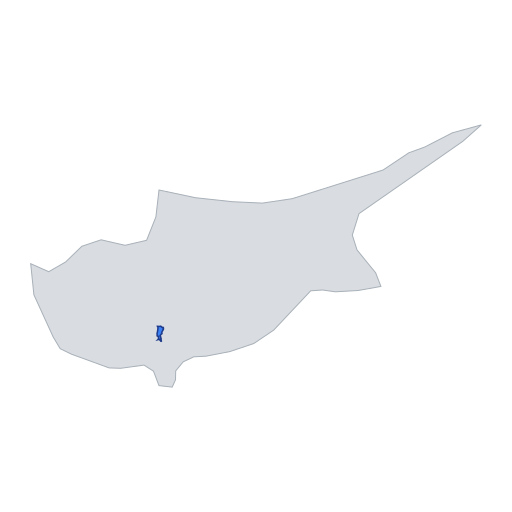 Limnatis, Limassol, Cyprus (highlighted)
{"feature_id": "46923920B10034755231280", "entity_name": "Limnatis", "entity_type": "district", "adm_level": 2, "iso_a3": "CYP", "parent_name": "Cyprus", "parent_adm1": "Limassol", "projection": "robinson", "projection_center": [32.947, 34.792], "detail": "fine", "context": "in_parent", "style": "filled", "palette": "blue", "viewbox_px": 512, "rotation_deg": 0, "n_neighbors": 0, "source": "geoboundaries", "source_scale": "gbopen_adm2", "svg_char_len": 2118}
<svg xmlns="http://www.w3.org/2000/svg" viewBox="0 0 512 512"><path d="M375.6,272.7L380.9,286.4L358.2,290.5L335.4,291.8L322.6,290.0L310.7,290.8L273.7,330.1L253.8,343.5L230.1,351.5L206.0,356.2L193.8,356.8L183.2,361.8L175.7,370.9L175.5,379.8L172.2,387.1L159.0,385.6L153.5,371.2L144.0,365.1L120.6,368.3L109.1,367.9L71.5,354.2L60.2,348.7L53.2,337.0L33.9,294.8L30.7,263.7L48.7,271.7L65.6,262.0L81.8,246.3L101.1,239.8L113.2,242.6L125.1,245.3L146.6,240.3L155.9,216.9L159.0,190.0L195.3,197.7L232.2,201.7L262.4,203.1L292.1,198.7L383.1,170.0L408.8,152.8L424.8,147.0L452.4,132.8L481.3,124.9L462.8,141.3L359.0,213.6L352.3,235.1L357.0,249.9L371.7,268.0L375.6,272.7Z" fill="#d9dde1" stroke="#a8b0b8" stroke-width="1"/><path d="M157.4,326.3L157.5,326.7L157.8,327.0L157.9,327.3L158.0,327.8L158.0,328.3L157.8,328.8L157.8,329.1L157.8,329.6L157.8,330.1L157.7,330.4L157.6,330.7L157.5,331.1L157.5,331.5L157.5,331.8L157.4,332.2L157.2,332.7L157.1,333.2L157.1,333.6L157.0,334.0L157.2,334.6L157.1,335.5L157.1,335.8L157.3,336.1L157.7,336.2L158.1,336.2L158.3,336.6L158.4,336.9L158.5,337.4L158.4,337.8L158.5,338.2L158.4,338.6L158.4,338.9L158.1,339.4L157.8,339.7L158.2,339.6L158.4,339.5L158.7,339.4L159.0,339.3L159.3,339.4L159.4,339.7L159.7,339.9L159.9,340.1L160.2,340.3L160.4,340.4L160.5,340.8L160.7,341.1L160.9,341.3L161.2,341.3L161.4,341.1L161.2,340.7L161.2,340.4L161.3,340.0L161.1,339.6L160.9,339.4L160.8,339.2L160.9,338.9L160.8,338.6L160.8,338.4L161.0,338.3L160.8,338.0L160.6,337.9L160.7,337.7L160.8,337.5L160.8,337.1L160.7,336.8L160.5,336.7L160.3,336.4L160.1,336.3L160.0,336.1L160.0,335.8L160.2,335.7L160.4,335.5L160.5,335.1L160.8,334.7L161.1,334.2L161.7,334.0L161.8,333.6L162.0,333.4L161.8,332.8L161.8,332.4L161.9,332.1L162.0,332.0L162.1,331.6L162.2,331.3L162.5,331.0L162.8,330.5L162.9,330.3L162.8,330.0L163.0,329.8L163.3,329.6L163.4,329.4L163.2,329.1L163.2,328.8L163.3,328.6L163.2,328.6L163.1,328.2L163.3,327.8L163.2,327.4L162.5,327.3L162.2,327.4L161.6,327.0L161.2,326.5L160.7,326.2L160.5,326.4L160.0,326.4L159.4,326.4L158.9,326.3L158.4,326.4L158.0,326.4L157.6,326.3L157.4,326.3Z" fill="#3b82f6" stroke="#1e3a8a" stroke-width="1.5"/></svg>